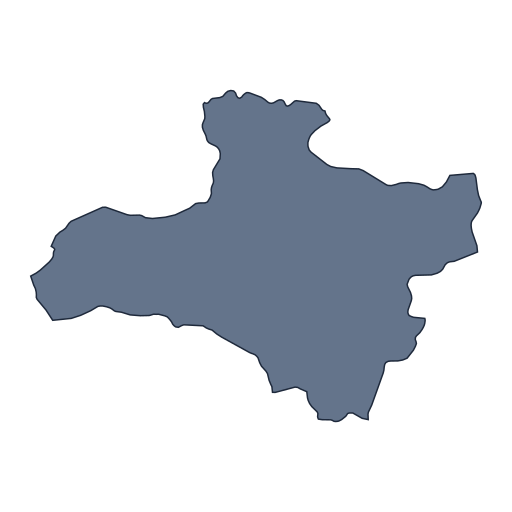 an SVG outline of Dzavhan
{"feature_id": "MNG-3318", "entity_name": "Dzavhan", "entity_type": "Province", "adm_level": 1, "iso_a3": "MNG", "parent_name": "Mongolia", "parent_adm1": "", "projection": "natural_earth1", "projection_center": [96.384, 48.303], "detail": "fine", "context": "isolated", "style": "filled", "palette": "slate", "viewbox_px": 512, "rotation_deg": 0, "n_neighbors": 0, "source": "natural_earth", "source_scale": "10m", "svg_char_len": 4172}
<svg xmlns="http://www.w3.org/2000/svg" viewBox="0 0 512 512"><path d="M230.8,90.5L233.7,91.0L235.6,93.1L236.5,95.8L237.9,97.7L239.7,98.3L241.8,97.0L242.6,95.8L243.6,94.7L244.6,93.9L245.7,93.1L246.8,92.6L247.9,92.6L249.0,92.8L250.1,93.1L261.3,97.3L264.7,99.5L267.9,102.2L269.6,103.1L271.6,103.3L273.6,102.8L277.3,100.7L279.2,99.9L281.4,99.9L282.9,100.5L284.1,101.8L285.1,103.9L286.2,105.7L287.5,106.1L289.0,105.6L290.6,104.6L294.6,101.1L296.3,100.7L316.3,103.3L319.0,105.3L321.8,109.4L322.9,110.4L325.0,111.0L325.1,111.5L325.3,112.3L325.6,113.4L326.1,114.3L326.7,115.4L329.5,118.8L329.9,119.8L329.2,121.0L327.5,122.4L320.9,126.1L314.9,130.7L311.3,134.5L310.3,135.9L309.3,138.0L308.7,139.6L307.9,142.5L307.9,144.8L308.0,146.4L309.2,150.0L311.1,152.2L326.9,164.5L330.7,166.5L336.9,167.9L351.1,168.7L358.8,168.9L363.2,170.6L386.2,184.7L387.8,185.4L391.4,185.6L396.3,184.4L398.7,183.5L400.8,183.0L408.1,182.5L418.6,183.7L423.9,185.2L426.7,186.7L430.0,188.8L431.7,189.5L433.3,189.9L436.2,189.6L438.2,189.2L442.4,186.8L446.4,182.0L449.9,175.4L473.3,173.4L474.7,174.5L475.3,175.8L475.9,178.0L477.4,189.7L478.6,195.5L480.5,200.4L481.3,202.2L481.2,203.5L479.9,207.9L478.7,210.6L477.4,213.1L472.1,220.6L471.5,221.9L471.2,223.4L471.1,225.5L471.4,228.4L472.1,231.9L476.9,245.7L477.5,252.0L454.2,261.3L449.7,261.8L447.4,262.7L445.2,264.7L442.7,269.2L440.5,271.4L437.2,273.2L431.4,274.9L415.5,275.3L413.2,275.8L411.4,276.7L410.0,278.1L409.0,279.3L407.1,284.3L407.7,286.8L410.5,292.5L411.5,295.9L411.7,298.5L411.3,300.7L408.1,309.8L407.8,312.1L408.2,313.9L409.1,315.5L411.5,316.6L413.6,317.3L424.8,318.4L425.0,319.2L425.1,320.0L425.1,320.9L424.7,323.6L424.2,325.3L423.3,327.3L422.0,329.6L419.8,332.7L416.4,335.9L415.4,337.5L415.3,339.7L416.0,341.5L416.4,343.5L415.4,346.3L413.4,350.2L407.1,358.2L402.7,360.0L397.9,360.9L390.8,361.0L388.2,361.3L385.9,362.5L384.7,364.4L384.2,367.1L383.9,370.1L383.2,373.0L371.7,405.1L368.4,412.1L368.0,414.1L368.2,419.6L362.1,418.3L356.5,415.1L352.8,413.0L349.5,413.0L348.2,413.3L347.6,413.6L347.3,414.0L346.2,415.7L345.6,416.4L341.6,419.6L338.9,421.0L337.7,421.3L335.8,421.5L334.8,421.4L334.0,421.3L332.2,420.3L331.0,419.9L330.5,419.8L322.2,419.7L318.4,419.1L318.0,418.2L317.6,416.8L317.9,413.5L317.2,411.9L311.8,406.6L309.6,403.5L308.2,400.4L307.5,397.9L306.8,391.7L300.3,388.9L297.7,387.4L295.0,387.1L275.2,392.4L272.5,392.3L271.9,386.6L270.8,384.4L269.1,380.3L267.5,373.6L266.0,371.2L261.5,366.2L259.7,362.7L258.0,357.8L256.9,356.4L255.3,354.9L252.7,353.7L251.6,353.4L249.5,352.5L221.8,337.2L216.8,334.0L212.1,330.1L211.3,329.8L208.9,329.1L206.2,327.9L203.1,325.8L183.8,324.8L181.6,325.6L178.4,327.3L175.7,326.9L174.4,326.0L173.5,325.1L172.6,324.0L171.7,322.1L170.4,320.3L168.7,318.3L167.3,316.9L165.0,315.9L158.5,314.2L156.3,314.3L153.9,314.2L153.2,314.3L150.4,315.2L149.1,315.5L140.2,315.7L130.2,314.9L121.4,312.2L116.1,311.5L115.3,311.3L114.3,310.8L111.9,309.0L110.0,307.9L106.7,306.8L102.8,306.0L100.1,306.0L97.9,306.4L90.7,310.7L80.7,315.3L71.2,318.4L52.7,320.3L46.0,310.0L37.1,299.3L36.3,297.4L36.4,294.7L36.2,292.1L35.4,288.6L33.7,285.0L30.7,276.1L36.2,273.1L40.2,270.2L49.3,262.0L51.8,259.0L53.0,256.9L53.2,256.2L53.4,255.3L53.4,253.6L53.5,252.7L53.6,252.0L54.0,251.0L54.2,250.7L54.4,250.4L54.5,250.1L54.7,249.6L54.5,249.0L54.4,248.6L53.5,247.8L51.2,246.3L55.8,236.0L59.9,232.1L62.9,230.3L65.6,228.2L69.0,223.3L71.1,221.3L102.5,207.3L105.7,207.2L127.1,214.7L130.3,215.3L139.5,215.1L141.7,215.6L145.1,217.5L145.5,217.7L152.5,218.5L165.3,217.2L175.2,214.9L184.4,210.6L189.7,208.2L195.6,203.6L198.9,203.0L205.1,202.9L207.5,201.9L210.2,197.4L211.4,193.8L211.4,192.8L211.2,189.6L211.5,187.6L212.2,185.5L213.3,183.1L213.6,180.9L213.3,178.3L212.8,175.7L212.6,172.5L213.4,169.7L220.0,158.8L220.3,153.6L219.7,150.8L218.8,149.1L217.4,147.3L215.6,146.0L210.9,143.8L208.7,142.5L207.4,140.8L206.9,139.7L206.0,135.9L205.1,133.8L203.3,130.2L202.4,127.2L202.4,124.7L203.1,122.6L204.5,119.3L204.8,118.5L204.8,118.1L204.9,116.6L204.4,111.5L203.4,107.3L203.2,104.2L204.5,102.6L204.8,102.8L206.3,103.3L207.8,103.0L209.0,101.9L211.0,99.4L212.5,98.5L219.8,97.6L222.8,96.4L225.6,93.1L227.8,91.3L230.8,90.5Z" fill="#64748b" stroke="#1e293b" stroke-width="1.5"/></svg>